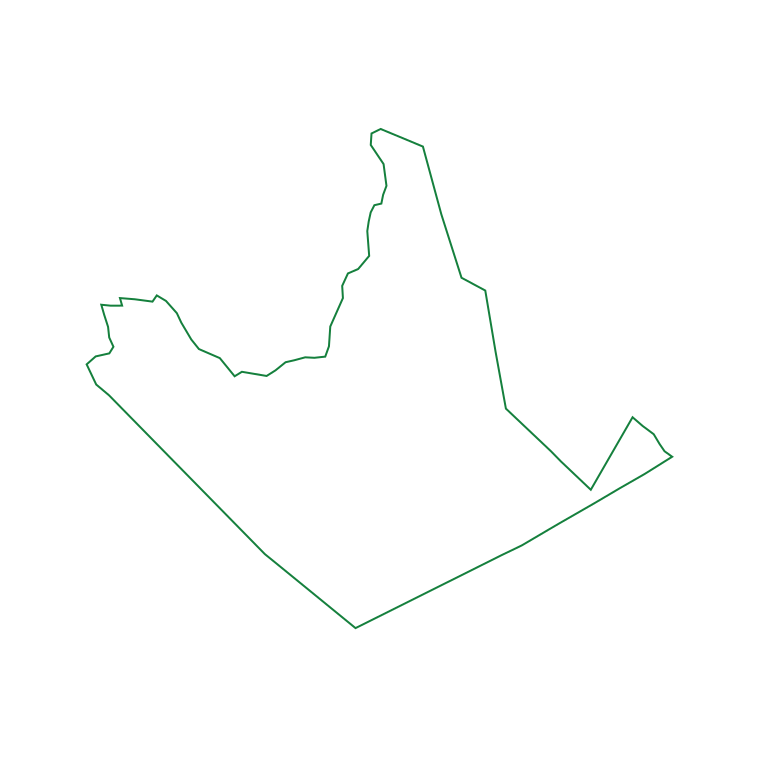 the district of Colônia Leopoldina, Alagoas, Brazil, rotated 310°
{"feature_id": "56859067B882848988861", "entity_name": "Colônia Leopoldina", "entity_type": "district", "adm_level": 2, "iso_a3": "BRA", "parent_name": "Brazil", "parent_adm1": "Alagoas", "projection": "equal_earth", "projection_center": [-35.741, -8.938], "detail": "fine", "context": "isolated", "style": "outline", "palette": "green", "viewbox_px": 768, "rotation_deg": 310, "n_neighbors": 0, "source": "geoboundaries", "source_scale": "gbopen_adm2", "svg_char_len": 1066}
<svg xmlns="http://www.w3.org/2000/svg" viewBox="0 0 768 768"><g transform="rotate(310 384 384)"><path d="M198.6,180.5L177.1,402.1L177.4,421.3L178.7,519.1L328.5,584.1L348.9,593.3L378.8,603.9L390.8,608.2L428.2,621.9L456.2,631.8L482.6,641.5L513.5,651.5L512.8,642.2L515.1,633.9L518.9,622.9L518.1,609.1L518.3,595.8L435.9,610.4L438.4,569.4L439.8,555.2L443.5,493.2L480.2,449.0L520.7,401.5L515.2,375.1L550.8,318.9L590.9,261.2L577.2,217.5L567.9,213.4L558.6,220.2L552.2,242.3L537.4,258.5L528.4,261.7L520.5,266.0L514.8,261.7L506.9,263.5L498.7,267.8L490.4,272.9L472.6,290.3L455.5,290.3L445.5,285.3L432.3,288.9L423.4,297.3L393.5,305.9L377.5,317.6L367.2,321.4L359.3,313.8L353.8,306.5L344.5,300.0L337.4,294.6L324.7,292.1L314.7,288.9L302.0,267.3L293.9,264.6L298.3,241.6L291.8,219.8L294.2,207.8L300.7,189.3L305.1,179.8L307.5,163.6L305.8,153.0L298.3,153.7L288.7,138.6L280.1,126.5L275.7,133.0L268.4,124.4L263.0,116.5L257.2,125.1L250.4,135.9L243.0,143.6L238.6,152.8L230.9,153.9L219.8,145.4L207.9,143.6L198.6,163.9L198.6,180.5Z" fill="none" stroke="#15803d" stroke-width="2"/></g></svg>